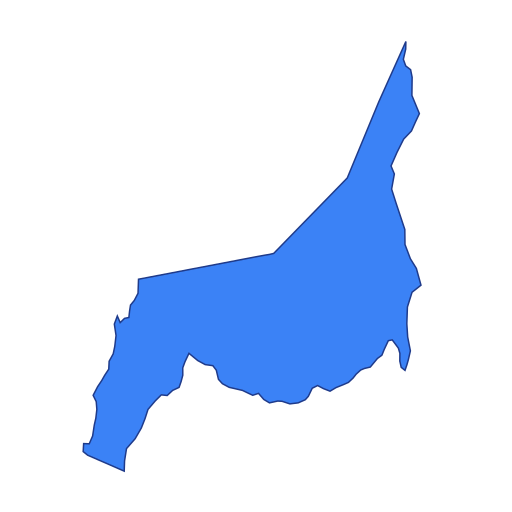 Cristianópolis, Goiás, Brazil, rotated 182°
{"feature_id": "56859067B80727765161187", "entity_name": "Cristianópolis", "entity_type": "district", "adm_level": 2, "iso_a3": "BRA", "parent_name": "Brazil", "parent_adm1": "Goiás", "projection": "equal_earth", "projection_center": [-48.7, -17.237], "detail": "fine", "context": "isolated", "style": "filled", "palette": "blue", "viewbox_px": 512, "rotation_deg": 182, "n_neighbors": 0, "source": "geoboundaries", "source_scale": "gbopen_adm2", "svg_char_len": 1627}
<svg xmlns="http://www.w3.org/2000/svg" viewBox="0 0 512 512"><g transform="rotate(182 256 256)"><path d="M103.1,146.9L101.4,152.5L100.1,157.8L98.4,166.6L101.6,180.4L102.9,193.6L102.9,210.3L98.8,225.2L90.1,232.6L95.3,249.2L101.6,258.6L107.5,272.7L108.2,287.7L118.0,314.1L122.8,327.6L120.6,342.8L124.2,350.7L118.7,364.5L112.5,378.0L105.0,386.4L101.2,395.8L97.7,404.0L105.8,421.9L106.2,440.1L108.0,447.6L113.0,451.2L115.6,457.7L113.6,468.0L113.7,475.6L138.7,414.3L167.5,337.2L238.4,259.2L242.8,258.0L246.9,257.2L255.2,255.4L372.6,228.7L372.6,214.6L376.1,207.3L379.7,202.6L380.4,196.8L380.9,190.1L385.2,189.1L389.4,184.7L392.5,191.2L395.2,183.0L393.1,171.6L394.0,160.7L395.3,153.2L399.1,145.7L399.2,137.8L403.1,131.4L405.8,126.2L409.7,119.9L413.9,111.1L410.6,104.9L409.7,97.1L410.4,88.3L411.7,81.5L413.0,70.4L416.1,62.5L421.7,62.5L421.9,54.5L417.2,51.0L380.2,36.4L380.2,46.7L378.7,59.0L370.4,69.2L364.6,80.1L361.2,89.7L358.6,98.9L351.6,107.7L345.8,113.9L339.9,113.5L334.6,118.8L328.3,122.0L326.5,127.8L325.0,134.3L325.3,141.7L323.3,147.8L319.6,156.4L310.6,149.5L303.0,145.7L295.3,144.9L291.7,140.5L289.2,131.4L285.1,127.2L278.2,123.8L273.5,122.9L264.8,121.2L258.4,118.4L254.4,116.7L248.7,118.8L243.2,112.9L237.4,109.7L229.2,111.8L224.9,111.7L217.0,109.4L208.7,110.7L201.7,114.1L198.8,117.6L195.2,125.8L189.9,128.7L183.9,125.8L177.3,123.5L171.4,127.3L164.2,130.5L159.2,132.9L154.8,137.3L151.8,141.4L147.4,145.7L143.7,147.4L137.9,149.0L131.1,157.8L126.7,161.3L124.6,167.1L120.8,176.0L116.9,176.9L113.6,172.8L110.5,168.9L108.8,163.7L108.6,156.0L107.0,149.8L103.1,146.9Z" fill="#3b82f6" stroke="#1e3a8a" stroke-width="1.5"/></g></svg>